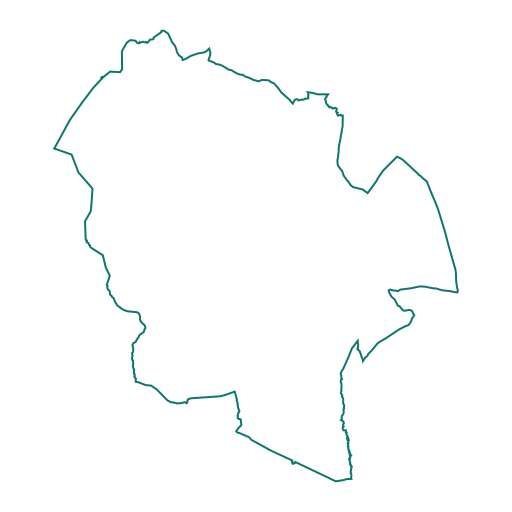 Sør-Aurdal nor, Oppland, Norway (orthographic projection)
{"feature_id": "86288312B19107162508437", "entity_name": "Sør-Aurdal nor", "entity_type": "district", "adm_level": 2, "iso_a3": "NOR", "parent_name": "Norway", "parent_adm1": "Oppland", "projection": "orthographic", "projection_center": [9.715, 60.667], "detail": "fine", "context": "isolated", "style": "outline", "palette": "teal", "viewbox_px": 512, "rotation_deg": 0, "n_neighbors": 0, "source": "geoboundaries", "source_scale": "gbopen_adm2", "svg_char_len": 6011}
<svg xmlns="http://www.w3.org/2000/svg" viewBox="0 0 512 512"><path d="M351.3,478.9L351.0,478.2L351.4,475.7L351.3,474.3L350.8,473.3L351.0,473.1L350.5,471.9L351.1,470.3L351.0,469.5L351.2,469.3L351.2,468.1L351.7,467.0L351.5,466.8L351.6,466.4L350.9,466.2L350.9,465.7L350.6,465.3L350.7,464.5L350.3,464.3L350.4,464.2L349.9,463.3L350.2,462.7L349.7,461.8L349.8,461.4L349.4,461.3L349.8,461.2L349.5,460.3L349.8,459.8L349.1,459.2L349.4,458.1L350.0,457.9L349.8,457.5L350.7,456.1L350.2,455.8L350.7,455.5L350.3,455.3L350.6,455.0L350.1,454.7L350.2,453.9L349.7,453.7L349.9,453.4L349.7,453.1L349.8,452.4L349.0,452.3L348.9,451.3L349.3,450.5L348.4,449.5L348.5,449.1L348.2,448.3L348.4,447.3L347.9,446.7L348.4,445.9L347.8,443.4L348.3,443.3L348.0,442.3L348.4,441.3L348.1,440.7L348.8,440.2L348.3,438.6L347.2,439.1L347.0,437.5L347.7,436.8L347.6,436.2L346.3,434.2L346.3,433.6L346.7,432.6L345.8,432.1L346.0,431.4L345.7,430.2L343.7,430.4L343.1,429.8L342.6,428.5L342.6,427.8L343.7,426.4L343.0,425.6L343.4,423.8L343.9,423.1L343.4,422.2L343.5,421.5L341.0,420.1L341.9,419.2L341.6,417.3L341.7,416.2L343.2,414.2L343.7,412.6L343.8,412.0L343.5,410.8L343.6,409.5L343.9,409.1L343.7,408.6L344.1,408.1L344.0,407.3L344.2,405.4L343.0,403.1L343.2,402.1L343.2,399.2L342.8,397.8L341.9,396.5L342.3,395.4L341.3,394.0L340.8,392.6L341.5,390.9L341.3,389.3L341.6,387.0L341.3,383.1L340.8,382.3L340.8,380.6L341.2,379.9L341.2,379.4L341.9,379.3L341.3,377.2L341.2,375.4L340.8,374.6L340.7,373.4L341.6,371.3L343.2,368.9L348.1,358.0L352.0,348.3L357.7,340.9L357.8,342.9L358.1,343.8L358.2,345.5L357.9,346.3L358.1,347.7L357.4,348.8L357.4,349.3L359.9,351.4L359.9,352.2L360.6,353.5L361.4,356.4L361.8,356.9L361.8,357.3L362.8,359.7L363.0,361.0L365.0,357.9L367.3,355.9L368.3,353.9L371.6,350.7L377.2,343.8L379.1,342.2L386.0,338.2L399.0,329.5L405.8,326.0L408.4,325.2L410.0,323.3L411.5,320.4L411.9,318.7L414.3,315.1L413.2,313.8L412.2,311.2L411.4,310.5L408.9,309.9L404.8,310.8L403.7,310.6L402.0,309.4L399.6,306.3L397.8,305.6L395.1,300.2L394.1,298.9L391.6,296.8L389.4,293.1L388.7,290.4L390.3,289.5L392.0,290.3L395.7,290.6L398.0,291.2L399.5,290.0L400.5,289.6L411.5,288.2L419.7,286.4L425.1,286.7L433.7,288.4L436.4,288.5L441.6,290.2L450.3,291.2L455.0,292.2L457.4,292.4L457.7,291.7L457.7,289.8L457.2,288.0L456.2,281.7L456.0,274.2L455.5,269.8L447.9,243.2L445.3,232.8L438.1,209.4L434.8,201.0L430.9,191.9L426.9,181.5L423.0,178.4L421.1,176.4L418.3,174.5L418.0,173.8L403.3,160.2L400.3,158.2L397.0,156.7L383.2,170.5L377.7,178.4L377.3,179.6L375.5,182.4L367.6,193.1L362.8,189.5L353.0,187.1L350.9,185.4L348.3,181.7L346.8,180.0L343.7,175.6L342.1,170.8L340.4,169.0L338.0,165.6L337.5,163.1L337.4,160.0L338.1,157.2L338.3,154.0L338.6,152.2L338.8,147.6L339.3,144.0L340.4,139.4L340.7,136.5L341.7,132.1L341.7,130.6L342.6,126.4L342.8,115.6L341.2,115.6L340.7,114.8L339.1,115.3L338.4,115.0L338.4,115.4L338.0,115.6L337.1,114.0L337.3,113.5L337.1,113.0L337.5,112.6L336.0,111.7L336.8,109.3L336.5,108.4L334.7,107.8L333.5,108.6L332.8,108.5L332.3,107.8L331.4,107.7L330.5,106.9L329.4,107.2L329.4,106.7L328.1,105.9L327.8,105.1L326.8,104.3L326.1,102.9L325.8,101.8L325.9,101.3L325.0,99.0L326.5,97.1L326.4,96.4L326.6,96.0L327.2,95.6L328.1,94.3L317.4,94.3L312.0,92.8L307.8,92.3L308.3,93.0L308.1,93.9L308.5,95.0L308.0,95.9L308.4,97.6L308.3,98.4L305.0,98.7L303.7,99.7L301.1,99.7L298.4,100.4L298.1,99.7L297.1,99.2L295.4,99.5L294.2,100.8L292.8,103.6L290.5,101.2L289.9,100.1L281.4,92.5L278.1,88.0L273.9,83.3L270.3,81.8L268.8,80.3L262.0,79.9L258.6,81.3L253.1,79.8L249.6,78.0L244.9,76.4L242.8,74.7L241.1,74.8L238.1,74.0L232.5,71.0L231.9,70.3L228.8,69.7L222.3,65.7L219.2,64.5L216.1,64.1L213.5,62.3L208.6,60.4L208.7,59.5L210.1,55.3L210.4,52.7L209.2,48.6L206.2,51.4L203.8,52.5L198.9,53.2L193.9,54.8L190.6,56.0L185.6,59.0L182.6,60.0L182.1,57.6L178.9,55.4L176.9,51.9L176.3,49.3L175.0,45.8L172.0,42.1L168.1,33.5L163.9,30.7L161.5,30.8L161.3,31.2L161.3,32.2L153.8,37.4L153.6,37.7L153.6,38.8L152.6,39.4L150.1,39.6L148.4,41.8L147.3,42.8L146.9,42.8L146.3,42.0L144.8,42.4L142.7,41.7L140.2,42.7L139.7,42.2L139.4,43.0L138.4,43.3L137.1,42.8L135.5,40.7L130.5,40.1L126.9,42.5L122.7,49.7L121.9,51.6L122.1,69.3L120.0,72.2L110.2,71.6L102.8,77.5L102.1,76.9L101.4,77.6L102.1,78.3L93.3,87.8L82.9,101.5L71.4,117.8L69.5,120.7L54.3,148.5L71.6,154.6L78.4,172.4L92.5,188.6L91.6,202.2L90.7,211.4L85.0,221.3L85.7,239.4L86.1,240.2L87.0,240.5L86.9,241.0L86.5,241.4L86.6,242.0L87.2,242.6L88.3,242.9L89.1,244.9L90.0,245.4L90.1,246.7L91.3,247.9L102.8,255.2L105.8,267.5L109.7,275.5L109.2,277.7L106.7,285.0L107.5,285.8L107.2,287.7L107.7,288.6L107.9,289.6L109.6,291.0L110.0,294.5L111.8,296.1L112.1,297.1L113.7,298.1L115.1,301.9L117.3,305.4L121.4,308.5L123.4,309.8L127.0,311.2L136.6,312.2L138.2,312.7L139.2,314.0L140.1,316.9L140.1,320.1L140.4,320.8L142.2,323.1L144.4,325.0L145.3,327.0L145.3,328.3L144.2,329.8L144.2,331.0L143.6,332.1L140.2,334.5L139.0,335.8L138.6,337.4L137.8,338.0L135.4,342.2L133.6,342.9L132.5,344.7L132.6,346.1L133.2,347.8L133.2,350.4L132.9,352.3L132.4,352.7L132.0,353.9L132.6,355.5L132.1,357.1L132.2,359.0L132.0,359.7L132.9,360.4L133.2,361.9L133.0,366.8L133.6,369.0L134.2,369.5L133.9,370.6L134.1,371.4L133.8,373.2L134.7,374.3L134.4,374.9L134.7,375.5L134.4,376.3L134.4,376.8L135.3,377.4L135.5,378.6L135.9,378.8L135.7,380.1L135.8,381.9L137.9,382.1L145.7,385.1L151.2,385.6L156.8,389.5L167.7,400.6L169.1,401.1L170.4,402.2L173.6,402.4L174.1,402.9L175.7,402.9L176.6,403.4L181.8,403.1L184.3,402.2L185.4,402.4L186.3,403.2L187.1,402.8L187.5,401.6L187.4,400.8L187.9,399.4L190.9,398.3L220.0,396.3L224.9,395.1L234.7,391.6L236.9,399.5L236.6,400.1L237.6,402.7L237.4,404.1L237.7,404.6L238.1,408.0L238.5,408.5L238.7,409.9L239.4,410.9L239.0,412.1L238.3,412.8L238.2,414.0L237.5,415.7L237.8,416.4L237.7,417.8L238.7,419.0L240.6,419.3L240.9,420.0L240.8,421.2L241.4,424.5L241.0,425.5L239.0,427.4L236.2,431.2L237.1,432.4L239.4,433.0L249.2,437.3L251.2,439.7L271.1,450.7L292.3,460.5L292.1,461.5L292.5,462.0L292.1,462.3L292.1,462.8L292.8,463.8L294.8,463.2L295.3,462.0L335.8,481.3L343.0,480.2L346.9,479.1L351.3,478.9Z" fill="none" stroke="#0f766e" stroke-width="2"/></svg>